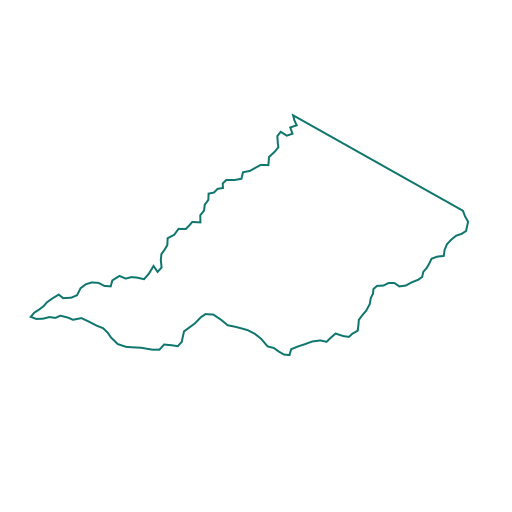 outline of Combinado, Tocantins, Brazil, rotated 293°
{"feature_id": "56859067B5842714986780", "entity_name": "Combinado", "entity_type": "district", "adm_level": 2, "iso_a3": "BRA", "parent_name": "Brazil", "parent_adm1": "Tocantins", "projection": "natural_earth1", "projection_center": [-46.528, -12.835], "detail": "fine", "context": "isolated", "style": "outline", "palette": "teal", "viewbox_px": 512, "rotation_deg": 293, "n_neighbors": 0, "source": "geoboundaries", "source_scale": "gbopen_adm2", "svg_char_len": 1989}
<svg xmlns="http://www.w3.org/2000/svg" viewBox="0 0 512 512"><g transform="rotate(293 256 256)"><path d="M132.0,203.7L138.6,206.0L140.9,213.3L142.4,219.2L147.9,221.2L153.5,220.1L158.5,219.2L163.7,222.3L169.9,226.0L177.9,229.1L182.8,232.2L185.4,239.7L183.6,248.9L181.2,257.0L182.8,264.9L183.7,271.0L184.5,277.3L183.9,285.4L181.7,293.3L177.3,302.0L178.3,308.3L176.9,314.5L176.2,320.3L177.9,325.5L183.9,324.8L188.9,329.7L193.6,335.1L199.3,341.2L203.4,348.2L204.6,354.5L209.4,356.5L215.7,359.5L216.4,367.8L217.9,373.2L222.0,375.0L227.0,378.8L233.0,377.1L237.4,375.6L243.0,377.0L248.7,378.8L256.2,379.5L262.1,378.1L267.0,378.4L271.4,377.0L275.8,379.1L278.6,384.9L283.0,388.6L285.2,394.0L284.0,399.8L287.3,405.4L292.9,409.9L297.5,414.6L301.6,417.1L306.9,416.2L312.0,417.9L316.9,418.4L322.1,418.7L326.2,423.0L329.4,428.8L335.4,427.2L341.6,427.2L347.7,429.5L352.9,432.3L356.6,436.5L361.1,439.6L370.5,437.8L374.2,432.9L378.5,428.8L400.0,235.2L395.9,238.3L392.2,242.4L387.7,237.3L382.8,241.8L378.8,237.3L380.0,230.2L374.7,228.8L369.1,231.6L364.8,234.1L359.4,232.5L352.2,229.3L344.5,231.9L341.7,224.8L337.5,221.4L332.0,217.2L328.0,211.3L321.4,212.4L317.5,206.5L314.4,199.0L309.8,197.0L305.7,199.0L302.8,194.4L298.0,192.5L294.9,188.0L289.0,190.2L283.2,188.8L277.5,190.4L271.7,188.8L265.2,191.7L262.4,184.0L257.9,182.6L253.5,180.9L250.7,174.1L243.5,172.4L237.9,167.7L231.4,170.1L226.1,169.4L220.8,168.2L215.2,169.9L208.5,173.6L202.9,171.6L206.8,165.6L197.9,164.3L190.9,162.0L189.6,154.8L187.9,149.6L184.3,144.9L184.3,138.1L177.4,133.3L171.3,134.1L169.2,128.2L169.7,121.5L167.5,115.2L163.6,110.5L157.8,107.1L150.0,106.6L145.5,102.3L141.8,94.9L143.4,89.5L137.2,85.0L131.8,81.7L126.9,80.1L122.3,77.5L117.3,74.1L112.0,72.4L112.2,78.3L115.1,84.5L119.0,89.6L120.7,95.6L124.6,99.2L125.8,106.8L125.8,112.5L130.6,119.5L130.3,128.0L129.6,136.6L129.8,143.4L127.5,149.4L124.3,154.4L120.9,163.2L121.6,171.9L123.6,177.8L126.6,185.9L129.2,196.9L132.0,203.7Z" fill="none" stroke="#0f766e" stroke-width="2"/></g></svg>